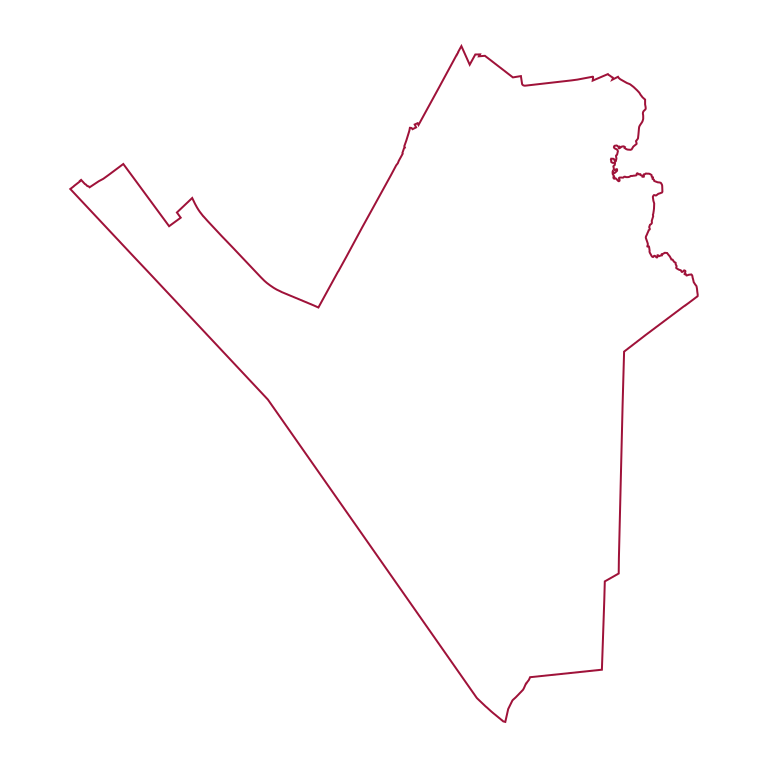 Stadskanaal, Groningen, Netherlands (Albers equal-area conic projection)
{"feature_id": "6326949B23876978853895", "entity_name": "Stadskanaal", "entity_type": "district", "adm_level": 2, "iso_a3": "NLD", "parent_name": "Netherlands", "parent_adm1": "Groningen", "projection": "albers", "projection_center": [7.027, 52.996], "detail": "fine", "context": "isolated", "style": "outline", "palette": "rose", "viewbox_px": 768, "rotation_deg": 0, "n_neighbors": 0, "source": "geoboundaries", "source_scale": "gbopen_adm2", "svg_char_len": 5982}
<svg xmlns="http://www.w3.org/2000/svg" viewBox="0 0 768 768"><path d="M505.3,721.9L508.2,709.0L512.4,700.5L512.8,700.0L515.7,697.4L523.1,689.7L524.1,687.8L525.8,683.9L526.2,683.3L526.4,683.4L526.6,683.1L526.9,682.5L528.9,679.9L530.1,677.2L601.9,669.7L604.3,599.6L604.8,581.4L618.7,573.5L618.9,558.0L622.6,404.9L623.3,379.9L624.1,351.6L645.5,335.1L683.1,306.9L686.2,304.7L686.2,304.8L697.6,296.2L697.7,295.1L697.7,294.6L697.3,291.9L697.0,288.9L696.6,286.7L696.4,286.0L695.0,284.2L694.5,283.3L693.8,282.4L693.7,282.0L693.0,278.9L692.7,278.0L692.3,275.8L692.1,275.3L691.4,274.5L691.1,274.4L690.2,274.7L689.0,274.7L686.7,275.5L686.4,275.4L686.0,274.5L685.7,274.0L685.3,273.9L684.9,274.3L684.6,274.2L684.6,273.8L685.1,272.8L685.4,271.4L685.4,271.1L685.2,270.8L684.3,270.4L684.1,270.4L683.7,270.7L682.9,271.6L682.4,271.9L681.8,271.9L681.5,271.6L681.2,270.9L680.8,270.3L678.7,269.6L676.4,268.2L676.2,267.8L676.6,266.1L675.7,264.3L675.6,262.7L675.3,262.5L674.9,262.4L674.4,262.1L673.6,261.2L672.7,259.8L672.5,259.6L671.4,259.5L671.0,258.6L669.8,256.4L668.2,254.5L667.1,253.0L664.8,252.8L664.4,253.0L663.2,253.8L661.8,254.1L661.6,254.3L661.6,254.5L662.0,255.2L661.9,255.4L660.8,255.5L659.3,256.1L659.0,256.1L658.3,255.4L657.8,255.2L657.5,255.3L657.3,257.1L657.1,257.4L656.5,257.4L655.1,256.0L654.7,255.8L654.1,255.9L653.5,256.7L653.0,257.0L652.2,256.7L651.5,255.8L650.8,254.5L649.8,252.7L649.5,251.7L649.6,250.5L649.2,247.7L649.0,246.7L648.9,246.5L647.7,246.6L647.4,246.5L647.3,246.2L647.8,245.2L647.8,243.7L647.4,242.4L645.9,238.1L645.8,237.7L645.9,236.8L646.0,236.4L646.9,234.6L647.7,232.6L648.4,231.2L648.6,230.3L649.5,229.6L649.8,229.1L649.7,228.6L649.3,227.4L649.2,227.1L650.0,224.8L651.2,224.0L651.7,223.4L651.8,223.1L651.9,222.4L651.8,221.4L651.8,220.7L653.2,216.2L652.9,214.8L653.3,213.6L653.4,212.9L653.5,212.2L653.7,211.0L654.0,208.5L654.2,203.5L653.4,200.8L652.9,197.4L652.9,196.7L653.3,195.9L653.7,195.3L654.0,195.1L654.4,195.1L655.9,195.5L656.2,195.4L656.9,194.9L658.3,193.8L660.0,193.3L662.0,192.5L662.2,192.2L662.4,191.6L662.3,188.7L662.2,185.8L662.0,184.9L661.8,184.4L660.9,183.0L660.7,182.8L659.7,182.5L657.7,182.3L654.3,181.0L654.2,180.8L653.9,179.8L653.8,179.6L652.8,179.1L652.5,178.8L652.5,178.6L652.6,178.2L653.0,177.7L653.0,177.4L652.8,177.2L651.8,176.8L651.7,176.3L651.6,175.3L651.5,175.0L651.2,174.8L650.4,174.3L649.4,173.8L648.8,173.7L646.8,173.7L646.2,173.5L645.9,173.5L644.9,174.2L643.9,174.4L643.8,174.7L643.9,175.4L643.9,176.4L643.8,176.7L643.1,176.8L642.4,176.7L642.3,176.4L642.3,175.7L642.1,175.5L640.7,175.2L640.4,174.9L640.3,174.2L639.9,174.1L639.0,174.4L638.4,174.0L638.1,173.7L637.7,173.4L637.3,173.3L636.8,173.6L636.6,175.0L636.3,175.3L634.8,175.6L633.4,175.7L632.6,175.9L630.7,176.0L629.6,176.7L628.7,177.0L628.1,177.1L626.3,177.1L625.9,177.1L625.4,176.8L624.5,176.7L624.1,176.8L623.8,177.2L623.1,177.6L622.5,177.6L620.9,177.5L619.5,177.6L619.1,177.9L619.0,178.5L619.6,180.0L619.6,180.3L619.4,180.9L618.9,181.2L618.7,181.2L617.9,180.7L617.6,180.3L616.3,178.9L615.7,178.4L614.2,178.7L613.8,178.2L613.5,178.0L613.4,177.7L613.5,177.0L614.2,176.8L614.0,176.2L613.1,174.7L612.7,174.0L612.6,172.9L612.6,171.8L612.8,171.2L613.0,171.4L613.5,172.7L613.7,172.9L614.2,173.1L614.9,172.8L616.9,171.0L617.1,170.5L617.1,169.8L617.0,169.4L616.9,169.2L616.5,169.2L615.7,169.5L615.2,169.9L614.7,170.1L613.9,169.3L613.8,169.0L613.8,168.2L613.4,166.6L613.4,166.3L613.6,166.0L614.7,165.0L615.0,163.3L615.0,163.0L614.9,162.8L614.6,162.8L612.9,162.9L612.1,162.6L611.4,162.1L611.2,161.8L611.3,160.8L610.9,159.8L610.9,159.5L611.2,158.7L613.4,158.8L613.9,159.1L614.3,159.6L614.5,160.3L615.1,161.4L615.2,161.5L615.7,161.3L615.9,160.9L616.3,159.1L616.4,158.2L616.3,157.9L616.0,155.9L616.2,155.4L616.6,155.2L617.1,154.6L617.9,151.2L617.4,150.0L616.8,149.4L614.9,148.5L614.3,148.0L613.9,147.2L614.0,146.7L614.3,146.1L614.6,145.8L616.5,145.5L617.3,145.8L618.0,146.5L618.3,146.7L618.6,146.8L619.6,146.6L619.8,146.8L619.6,147.0L618.8,147.8L618.8,148.0L619.1,148.3L619.7,148.1L621.8,146.6L623.0,146.4L623.8,146.4L624.9,147.1L624.5,147.9L625.9,148.9L626.7,149.3L627.7,149.6L630.5,149.8L631.6,149.4L632.1,148.6L633.1,146.9L633.5,146.4L636.5,144.0L636.6,143.6L636.5,143.0L636.0,141.1L637.5,139.2L637.7,138.9L638.0,138.3L638.4,134.8L639.0,128.0L639.2,126.9L639.4,126.3L640.2,124.9L641.9,122.4L642.3,121.7L642.6,121.0L643.0,119.6L643.2,118.9L643.2,115.9L643.1,114.8L642.9,113.9L642.9,113.1L643.1,112.1L643.7,111.0L645.4,109.4L645.6,108.9L645.7,108.4L645.6,107.0L645.1,104.4L645.1,99.6L642.5,97.3L642.0,96.6L640.5,94.7L639.6,93.1L638.7,92.0L638.0,91.3L637.3,90.5L633.6,87.0L630.5,84.6L629.7,84.1L626.9,83.0L620.2,79.2L618.8,78.0L618.3,77.3L618.0,76.8L612.3,79.7L613.1,78.0L612.8,77.6L611.3,76.7L609.8,75.6L608.3,74.7L607.9,74.1L592.7,80.6L593.1,77.3L593.0,76.8L592.8,76.7L577.4,79.6L571.5,80.4L525.9,85.6L524.7,85.7L523.4,85.4L523.1,85.2L522.4,84.6L522.1,84.0L520.9,76.1L512.9,77.4L484.9,55.8L479.0,56.3L480.0,54.4L475.3,54.5L469.7,64.7L461.4,46.1L458.1,52.1L458.2,52.3L456.8,54.9L456.7,54.8L438.9,87.7L418.5,125.0L417.6,123.2L414.7,124.5L416.1,127.4L412.5,129.2L412.4,129.1L412.1,128.5L411.6,128.1L411.0,127.9L410.3,127.8L409.9,127.8L409.4,130.5L409.0,131.9L406.3,140.6L404.3,146.2L404.9,147.6L404.1,148.0L402.4,153.0L402.7,153.7L398.8,160.8L397.8,163.3L396.2,165.3L391.0,175.1L368.7,215.6L362.4,227.0L346.4,256.7L338.3,271.4L338.0,271.7L318.4,307.5L313.7,305.4L281.3,291.9L281.1,291.7L276.7,289.6L273.8,287.9L270.1,285.4L266.8,282.9L264.4,280.8L260.7,277.1L232.4,247.2L221.8,236.2L207.6,221.0L203.3,216.2L203.2,216.2L199.8,211.8L198.3,209.6L196.9,207.3L195.0,203.8L192.2,198.0L176.9,212.5L180.7,217.7L169.1,226.2L133.2,177.4L123.3,164.0L108.7,174.9L103.3,178.8L98.8,181.2L89.6,187.3L88.8,186.5L88.5,186.3L87.4,186.1L85.7,184.4L84.9,184.0L81.1,179.9L80.0,180.8L80.3,181.1L74.0,186.0L73.9,186.2L70.3,189.0L133.7,256.6L147.7,271.4L267.9,399.6L476.6,697.7L477.2,698.4L485.7,706.5L486.7,707.3L491.2,711.4L493.3,713.2L503.3,721.4L505.3,721.9Z" fill="none" stroke="#9f1239" stroke-width="2"/></svg>